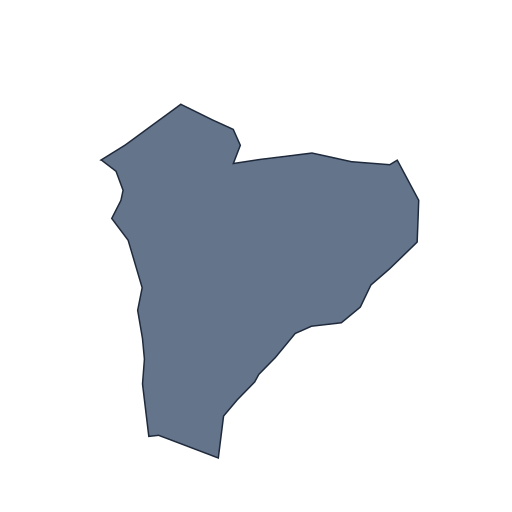 SVG path tracing the border of Berane, rotated 156°
{"feature_id": "MNE-1509", "entity_name": "Berane", "entity_type": "Municipality", "adm_level": 1, "iso_a3": "MNE", "parent_name": "Montenegro", "parent_adm1": "", "projection": "albers", "projection_center": [19.918, 42.855], "detail": "fine", "context": "isolated", "style": "filled", "palette": "slate", "viewbox_px": 512, "rotation_deg": 156, "n_neighbors": 0, "source": "natural_earth", "source_scale": "10m", "svg_char_len": 705}
<svg xmlns="http://www.w3.org/2000/svg" viewBox="0 0 512 512"><g transform="rotate(156 256 256)"><path d="M372.5,349.0L356.8,361.7L350.7,370.1L349.4,390.3L357.9,406.0L358.6,406.7L330.2,410.6L262.9,425.2L262.7,424.8L240.6,398.2L225.3,380.9L225.3,363.5L239.1,349.7L213.5,342.7L163.0,327.3L130.4,303.3L96.7,285.0L88.0,286.1L87.8,283.8L84.7,240.7L90.6,228.6L103.1,203.2L105.5,202.3L139.1,190.0L162.8,182.8L181.5,166.9L205.2,160.3L233.9,169.3L251.7,169.3L279.6,155.4L301.6,146.7L308.4,141.5L331.5,132.3L350.7,123.0L372.6,86.8L417.9,131.8L427.3,134.8L411.7,185.3L399.9,207.1L393.2,227.0L386.2,254.5L372.9,273.3L366.4,322.4L372.4,348.5L372.5,349.0Z" fill="#64748b" stroke="#1e293b" stroke-width="1.5"/></g></svg>